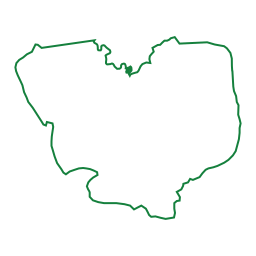 the district of Kerian, Perak, Malaysia
{"feature_id": "92858781B48608892505394", "entity_name": "Kerian", "entity_type": "district", "adm_level": 2, "iso_a3": "MYS", "parent_name": "Malaysia", "parent_adm1": "Perak", "projection": "albers", "projection_center": [100.545, 4.99], "detail": "fine", "context": "isolated", "style": "outline", "palette": "green", "viewbox_px": 256, "rotation_deg": 0, "n_neighbors": 0, "source": "geoboundaries", "source_scale": "gbopen_adm2", "svg_char_len": 2525}
<svg xmlns="http://www.w3.org/2000/svg" viewBox="0 0 256 256"><path d="M174.7,37.1L170.7,38.3L169.4,39.6L167.1,40.7L164.4,40.7L162.2,42.7L160.2,44.8L157.7,45.0L152.5,47.9L153.7,51.7L151.4,54.2L149.8,56.2L149.4,59.1L150.3,63.0L146.3,62.5L142.4,64.1L140.6,66.3L138.6,70.6L137.3,72.2L135.0,72.8L132.1,73.7L130.3,74.6L129.8,75.7L128.6,73.5L129.7,72.5L130.7,71.5L131.5,70.4L131.5,69.7L130.8,69.7L129.9,69.9L129.0,69.9L128.4,71.4L128.1,72.4L126.5,72.6L126.2,71.8L126.7,70.4L127.2,69.3L128.4,68.8L129.7,69.3L131.4,68.5L131.3,67.5L130.8,66.8L130.4,66.5L129.3,67.3L128.2,67.7L127.2,68.1L126.3,68.6L125.7,68.4L125.9,67.3L125.7,66.1L125.4,65.0L124.9,64.0L124.3,63.7L123.4,63.7L122.0,64.1L121.1,65.3L121.1,66.5L121.0,67.3L120.4,68.2L119.5,68.7L117.1,68.8L114.6,66.5L114.0,65.2L113.0,63.9L112.0,63.5L110.3,64.1L109.0,64.2L107.7,64.4L106.7,64.2L106.0,63.2L106.0,61.9L106.2,60.4L106.3,59.1L106.1,57.7L105.8,56.5L105.6,55.5L106.4,54.8L108.5,53.8L109.7,53.3L110.2,52.6L110.4,51.9L110.0,50.3L106.5,47.6L104.5,45.5L103.4,45.2L102.0,45.6L101.3,46.3L101.3,47.3L101.3,48.4L101.2,49.5L100.7,50.3L99.1,50.3L98.3,50.2L97.8,49.2L97.8,47.6L97.6,45.7L97.1,44.5L96.0,43.7L94.4,42.8L93.7,41.5L94.5,40.3L41.6,47.9L37.8,44.8L35.5,44.5L31.9,51.8L26.9,54.3L23.1,57.5L19.2,59.9L16.4,63.1L15.4,67.3L16.1,71.1L17.8,75.4L20.6,81.3L22.4,85.2L24.1,92.2L26.6,97.5L28.3,102.0L30.8,105.2L32.9,108.0L39.2,117.8L41.7,121.7L43.4,124.5L45.9,125.5L46.9,122.0L52.5,123.4L53.2,126.9L52.2,133.6L51.8,136.4L51.5,141.3L51.5,145.9L52.9,150.5L54.6,156.4L57.1,163.1L61.3,169.1L63.4,172.6L65.9,174.3L69.7,171.5L74.6,169.8L78.9,168.4L83.1,168.0L86.2,168.4L90.1,169.1L93.6,170.5L97.1,172.2L97.5,175.0L93.2,177.5L90.4,179.9L88.3,182.4L86.9,186.3L88.0,189.1L89.4,191.5L89.7,192.6L89.7,196.8L92.9,200.3L98.2,202.1L103.8,203.1L108.0,203.1L110.1,203.1L116.1,203.1L124.5,204.2L130.1,205.6L134.0,209.4L141.3,205.6L145.9,208.7L147.6,211.9L149.1,215.0L151.2,216.8L155.4,216.4L160.6,217.8L165.6,218.9L174.0,217.5L175.0,212.9L174.3,208.7L174.3,203.1L176.8,201.0L179.6,200.6L179.9,197.1L176.8,191.9L181.3,189.4L183.1,185.9L183.4,183.8L188.0,182.4L190.1,178.9L192.9,179.9L199.6,177.1L202.4,173.3L205.6,169.8L208.4,168.4L213.3,167.3L217.5,165.9L224.2,162.7L228.4,159.9L232.9,155.4L235.7,151.1L238.9,139.2L239.6,132.9L239.6,128.0L240.6,123.4L239.6,119.2L238.2,114.7L238.5,105.2L236.8,102.0L236.1,96.1L234.0,91.1L233.3,86.6L232.4,71.0L232.2,70.8L231.9,65.9L231.8,58.5L230.4,52.9L226.9,48.3L224.1,46.2L214.7,44.5L207.2,42.3L179.5,43.6L174.7,37.1Z" fill="none" stroke="#15803d" stroke-width="2"/></svg>